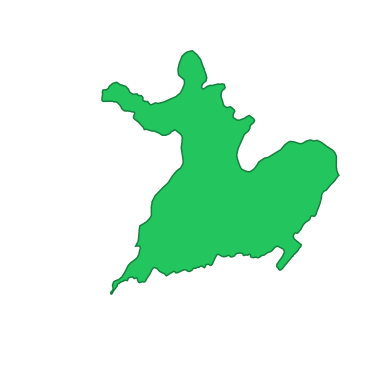 Pueblo Nuevo Viñas, Santa Rosa, Guatemala, rotated 206°
{"feature_id": "79465075B34201935898883", "entity_name": "Pueblo Nuevo Viñas", "entity_type": "district", "adm_level": 2, "iso_a3": "GTM", "parent_name": "Guatemala", "parent_adm1": "Santa Rosa", "projection": "equal_earth", "projection_center": [-90.498, 14.233], "detail": "fine", "context": "isolated", "style": "filled", "palette": "green", "viewbox_px": 384, "rotation_deg": 206, "n_neighbors": 0, "source": "geoboundaries", "source_scale": "gbopen_adm2", "svg_char_len": 6010}
<svg xmlns="http://www.w3.org/2000/svg" viewBox="0 0 384 384"><g transform="rotate(206 192 192)"><path d="M163.2,119.3L160.9,119.0L159.8,119.3L159.2,119.8L158.6,120.4L158.2,120.9L157.8,121.7L157.2,124.0L156.6,124.5L155.3,125.0L154.9,125.4L154.4,126.4L153.7,127.0L153.1,127.1L152.7,127.4L152.3,128.2L151.4,129.4L150.7,129.7L149.8,129.7L148.6,129.3L147.7,129.4L147.4,130.1L147.4,130.8L147.6,131.3L147.6,132.1L147.4,132.9L146.7,133.5L145.8,134.1L145.1,134.3L144.5,134.4L143.8,134.0L143.1,134.1L142.5,134.7L142.1,135.9L142.1,137.1L142.3,138.9L142.3,144.2L142.1,145.9L141.8,147.0L141.3,147.4L140.8,147.5L136.8,147.4L136.3,147.4L135.5,147.6L134.9,147.9L134.2,148.4L133.4,148.7L132.7,149.6L131.9,150.7L131.2,151.2L130.5,151.1L130.1,150.9L129.2,150.7L128.5,150.8L127.8,151.1L126.7,152.0L126.1,152.8L125.8,153.5L125.6,154.7L125.3,155.6L124.7,156.6L124.0,157.1L121.3,158.6L120.2,158.7L119.4,158.7L118.8,158.3L118.3,157.8L117.4,157.7L116.9,158.1L116.5,158.6L115.8,159.2L114.2,159.7L113.3,161.1L112.6,161.4L112.1,161.2L111.0,159.8L110.4,159.3L109.6,159.4L108.3,159.8L107.6,160.2L107.1,160.8L106.4,161.3L104.4,161.6L103.8,161.8L103.2,162.5L102.7,163.0L101.8,164.9L101.2,165.7L100.7,166.1L99.9,166.6L99.3,167.2L98.4,169.1L97.5,170.5L96.6,171.6L95.4,172.6L94.9,173.3L94.5,174.1L94.3,174.6L93.5,177.6L92.9,179.1L92.1,180.1L91.7,180.5L91.3,180.7L89.8,180.9L84.5,180.6L82.5,178.5L82.5,173.4L84.0,164.5L83.2,162.1L80.8,161.2L80.0,160.4L78.7,160.4L77.7,161.4L77.0,163.6L76.4,166.7L75.5,169.8L73.7,177.8L73.2,178.5L73.1,180.8L72.5,181.3L71.2,185.4L70.9,189.1L70.3,190.2L70.6,192.4L79.5,194.6L80.0,195.0L81.6,196.4L81.8,197.2L81.9,198.2L81.7,199.6L81.3,200.4L80.9,200.6L79.6,201.0L79.2,201.3L78.8,202.0L78.3,204.5L77.9,205.6L77.8,206.8L77.8,209.3L77.6,211.3L77.2,212.8L76.4,215.1L75.4,216.5L74.9,217.4L74.4,218.5L74.2,219.5L74.5,220.7L74.5,221.8L74.2,222.8L73.6,223.3L72.5,223.4L71.8,223.5L71.3,224.0L71.0,224.8L70.8,225.7L70.7,226.7L71.3,229.0L71.6,234.6L72.1,238.4L72.7,241.3L73.1,242.8L73.5,244.7L74.1,245.9L74.3,246.8L74.3,247.5L74.3,248.5L74.1,249.3L73.8,250.3L73.2,251.3L72.4,252.1L72.0,252.7L70.8,258.5L69.4,262.3L68.6,265.1L68.5,265.9L68.1,268.7L67.7,270.4L67.2,271.3L68.7,272.3L69.9,273.4L70.8,274.2L71.7,275.4L73.5,278.2L77.8,287.3L80.6,289.8L83.8,291.2L91.8,292.2L92.7,292.5L97.8,293.3L102.2,293.3L104.5,291.3L108.4,290.7L111.5,287.9L113.9,284.2L116.1,282.7L122.1,281.8L125.6,280.7L127.2,279.1L129.2,275.2L130.8,268.8L133.4,264.9L138.7,256.5L141.7,254.2L143.6,251.0L145.1,248.2L145.4,244.2L146.3,240.0L148.5,235.9L150.3,234.9L153.4,234.2L157.0,234.2L159.0,235.2L161.4,237.3L165.9,241.7L166.8,243.2L167.3,243.6L168.1,245.1L169.6,251.1L170.2,266.4L169.7,268.2L168.0,271.5L168.0,274.9L168.6,276.0L168.6,278.0L167.1,281.1L167.0,283.5L168.8,284.9L174.2,285.9L175.6,284.1L177.4,280.9L180.9,277.4L182.7,276.4L187.4,277.0L188.6,278.6L189.1,280.2L188.9,283.2L189.9,284.3L194.5,285.5L196.3,284.4L196.9,283.7L197.4,283.2L200.5,283.3L202.3,284.5L203.5,286.1L208.0,290.8L209.3,295.0L209.1,297.0L208.0,299.0L208.0,300.4L210.1,302.8L212.2,302.5L214.4,300.9L215.7,300.7L220.4,296.7L222.9,295.5L225.0,293.0L226.5,289.9L227.0,289.5L227.9,289.5L228.7,290.0L229.3,290.5L229.7,291.4L229.8,294.1L228.2,297.6L228.1,298.3L228.6,299.5L228.6,300.8L231.7,304.5L233.8,306.3L235.3,308.3L236.0,308.5L242.6,315.0L247.6,317.5L253.5,319.1L254.5,318.5L256.8,316.5L257.8,315.5L258.9,313.9L259.7,311.7L260.2,310.4L260.4,309.3L259.8,301.8L258.8,298.1L258.8,297.2L257.7,294.9L255.8,291.9L255.3,291.4L254.7,291.1L248.2,289.4L246.5,286.6L246.0,284.6L245.7,278.9L246.0,274.8L246.8,274.0L247.6,272.2L248.1,270.8L252.6,265.5L256.6,260.7L261.0,256.9L264.2,255.9L266.7,252.6L267.7,252.2L270.1,253.1L271.5,253.9L274.2,252.8L276.3,252.8L277.4,255.3L278.5,256.0L280.0,256.4L281.7,255.5L283.3,255.4L284.3,256.1L285.5,255.4L287.9,253.9L291.5,254.3L294.4,256.6L297.9,257.9L304.1,257.0L307.8,257.6L309.9,255.8L310.9,254.7L312.6,251.0L312.7,248.4L313.7,246.4L316.8,244.6L316.7,243.6L316.0,241.9L315.3,240.8L314.6,238.9L313.8,236.3L312.8,234.7L311.6,234.5L306.7,237.0L303.2,238.7L301.1,238.9L300.3,239.7L298.2,239.7L293.9,238.0L291.7,236.1L288.4,235.3L286.1,236.1L285.8,236.6L278.7,238.4L277.9,237.3L277.6,234.1L277.4,233.5L276.3,232.5L270.6,231.3L264.2,228.8L262.2,227.2L260.4,228.4L254.4,229.3L253.1,230.2L247.2,230.5L243.8,230.0L242.3,230.6L240.4,231.6L237.6,234.7L236.9,237.5L236.2,238.2L235.0,239.9L234.0,240.5L232.3,240.0L227.0,238.8L226.5,238.3L225.6,237.9L224.2,236.2L224.0,235.1L223.0,232.9L222.6,231.8L221.1,227.1L213.4,216.0L212.4,213.1L212.7,208.7L214.1,206.1L215.1,203.7L216.5,198.2L217.3,191.2L218.1,188.0L220.0,183.4L223.5,172.5L223.6,165.4L223.0,164.5L222.3,161.4L218.3,153.3L218.2,152.3L218.4,149.8L220.0,144.9L223.2,139.9L223.9,139.1L223.9,138.2L223.0,135.4L222.6,134.2L221.5,131.7L220.8,129.8L218.8,124.4L218.9,118.6L216.1,120.3L214.8,120.3L213.7,118.6L213.4,116.3L212.4,112.6L212.5,109.0L213.1,107.2L216.1,101.4L217.1,98.0L217.2,90.6L217.8,84.5L218.5,83.5L219.2,81.3L222.1,78.5L223.0,76.8L222.7,73.5L220.3,70.3L220.3,68.2L221.0,67.2L220.7,65.2L219.7,64.9L219.4,65.4L219.2,67.4L219.2,68.9L219.0,69.9L218.7,70.9L218.3,73.4L218.1,74.3L218.1,74.9L218.5,75.9L218.6,76.7L218.1,77.4L217.4,77.8L216.8,79.3L216.3,80.1L214.7,81.8L214.0,82.8L213.5,83.4L212.4,83.7L211.9,83.8L211.3,84.0L211.2,85.0L211.5,86.1L211.4,86.9L210.9,87.5L209.4,88.8L208.8,89.2L208.0,89.5L207.4,89.4L206.9,89.0L206.1,88.9L205.5,89.1L204.6,90.6L203.7,90.5L203.2,90.0L202.2,88.9L201.2,88.0L200.5,87.6L199.6,87.6L199.0,87.9L197.9,89.0L197.3,89.6L196.8,89.8L196.0,89.9L195.5,90.2L195.1,90.6L194.8,91.5L194.6,95.0L194.1,98.7L193.9,100.2L193.9,104.3L193.8,105.4L193.6,106.2L193.4,106.8L192.9,107.4L192.4,107.7L191.8,107.8L191.0,107.9L190.3,107.9L189.7,107.8L188.7,107.4L187.0,106.7L186.3,106.5L185.5,106.4L180.6,106.4L180.0,106.2L179.3,105.7L178.8,105.5L178.1,105.6L176.7,108.0L173.7,112.6L173.0,112.9L172.3,112.8L171.9,112.5L171.4,112.3L170.9,112.3L170.1,112.8L169.1,113.6L167.3,116.0L165.4,118.3L164.9,118.7L164.0,119.1L163.2,119.3Z" fill="#22c55e" stroke="#15803d" stroke-width="1.5"/></g></svg>